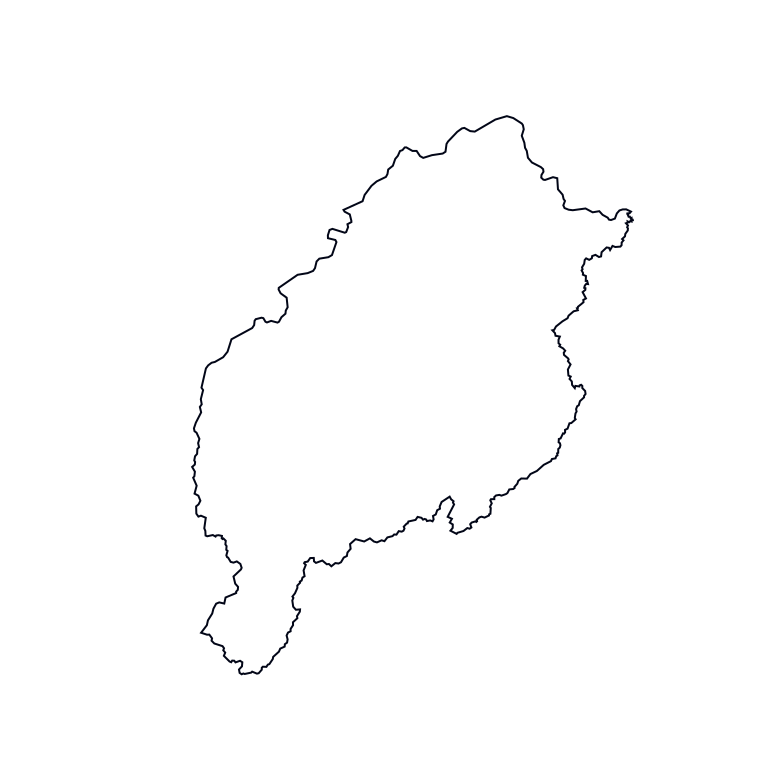 Kapuas Hulu, Kalimantan Barat, Indonesia, rotated 140°
{"feature_id": "22746128B82886709098386", "entity_name": "Kapuas Hulu", "entity_type": "district", "adm_level": 2, "iso_a3": "IDN", "parent_name": "Indonesia", "parent_adm1": "Kalimantan Barat", "projection": "orthographic", "projection_center": [113.006, 0.834], "detail": "fine", "context": "isolated", "style": "outline", "palette": "ink", "viewbox_px": 768, "rotation_deg": 140, "n_neighbors": 0, "source": "geoboundaries", "source_scale": "gbopen_adm2", "svg_char_len": 6139}
<svg xmlns="http://www.w3.org/2000/svg" viewBox="0 0 768 768"><g transform="rotate(140 384 384)"><path d="M680.3,255.5L679.6,253.1L677.9,252.7L677.1,251.4L671.3,248.3L669.9,248.4L667.5,243.8L665.9,243.0L661.3,243.7L660.0,245.2L658.5,245.3L655.9,242.9L653.4,243.7L651.9,243.1L646.0,244.8L644.3,246.2L636.5,246.5L633.6,248.0L628.9,246.7L627.2,248.4L624.5,248.2L622.0,250.3L620.3,253.9L617.3,255.3L614.5,254.6L613.0,256.4L608.7,257.7L606.9,260.0L600.9,260.3L599.9,262.1L594.8,263.7L593.2,265.3L596.6,267.7L596.7,271.8L593.4,277.1L590.9,278.4L590.8,280.0L586.7,280.9L581.4,283.5L580.0,285.3L576.0,285.7L575.5,286.7L573.4,286.4L570.9,288.1L568.4,287.8L565.4,292.9L560.2,295.7L560.4,298.1L559.3,298.5L556.6,297.0L552.4,298.1L549.6,295.9L551.6,293.1L551.1,290.7L544.7,288.4L543.7,282.7L541.9,281.5L541.5,278.2L536.4,278.1L534.2,275.7L531.5,275.1L526.4,276.9L523.0,276.1L520.3,278.4L515.5,279.2L512.9,283.2L505.5,283.4L500.4,276.1L494.0,274.8L493.0,269.8L491.2,267.2L486.3,265.8L484.7,263.3L480.0,264.3L475.3,262.0L472.9,262.2L471.3,260.6L467.3,261.8L465.3,259.5L463.4,259.1L461.2,260.1L460.6,262.0L456.3,262.5L455.5,262.0L453.7,263.0L447.2,259.6L443.7,260.6L441.3,257.4L441.3,255.0L439.6,254.5L438.8,253.1L439.2,251.4L436.3,249.8L435.1,247.6L433.0,248.4L431.3,251.4L428.2,250.8L424.4,253.1L421.3,252.5L420.0,254.4L415.7,256.6L406.1,255.5L406.7,252.5L406.1,249.5L407.4,248.8L407.7,246.7L420.6,241.3L418.6,237.1L422.7,235.6L421.6,232.2L423.9,229.6L427.4,228.9L424.7,222.5L423.4,222.8L417.6,220.3L412.8,220.1L411.4,218.1L409.3,217.9L408.1,221.2L405.9,221.5L402.2,220.0L402.0,219.0L400.9,219.0L400.2,220.4L396.7,220.5L394.6,219.7L392.8,217.0L388.1,215.8L387.2,216.6L385.9,216.2L381.9,220.4L381.8,221.8L378.2,223.3L377.3,226.6L376.1,227.0L373.5,224.9L372.2,226.5L369.8,226.6L366.9,224.9L365.8,223.0L361.4,221.3L359.6,221.1L355.8,222.7L352.5,220.5L350.8,220.4L350.2,221.3L346.0,221.9L343.4,223.5L339.6,223.4L335.3,219.6L329.7,220.9L322.8,219.1L313.6,219.4L305.7,217.6L303.6,218.6L300.4,216.8L298.5,218.0L297.0,217.8L296.0,219.6L294.8,219.3L292.3,222.2L290.2,222.3L288.2,223.7L287.3,225.5L287.7,227.1L285.4,229.5L283.7,228.8L278.6,231.1L278.0,230.2L276.4,230.5L274.8,232.5L272.1,231.8L267.2,234.7L265.6,233.7L259.9,233.8L259.7,235.3L256.2,238.4L254.2,239.1L253.0,241.3L250.3,242.8L248.5,242.5L244.9,244.9L239.3,245.2L238.4,246.3L236.0,246.8L234.4,249.4L234.7,253.4L233.3,255.1L233.5,256.7L235.0,257.2L235.9,256.5L238.6,259.5L240.5,258.2L240.5,262.4L238.5,265.2L238.6,268.6L236.2,269.7L237.3,271.9L233.8,276.9L228.5,279.1L228.4,283.3L226.7,284.2L226.5,285.3L227.4,290.6L226.2,292.4L223.8,293.0L223.9,296.1L225.4,300.2L223.8,300.8L224.1,303.0L221.9,305.7L218.8,307.3L221.6,310.7L220.3,313.1L220.5,316.9L218.9,316.1L215.3,317.5L207.0,317.3L201.1,316.4L198.7,317.7L192.0,317.8L188.1,315.9L187.5,318.0L186.7,317.6L185.8,318.5L178.6,318.4L177.3,320.3L174.3,319.7L172.8,326.7L169.3,326.7L168.1,327.9L168.8,329.0L166.9,330.3L164.7,330.7L163.5,329.4L162.1,332.4L163.2,333.3L159.9,336.9L161.4,339.9L160.2,341.0L159.6,344.0L158.2,344.2L157.3,346.1L153.4,347.4L150.5,350.0L148.4,350.3L147.0,347.2L144.0,346.7L142.3,348.2L139.0,347.0L137.7,343.1L135.7,342.2L132.6,345.1L125.7,345.5L124.1,343.7L124.7,341.3L120.2,342.9L118.8,340.3L114.6,337.3L112.8,337.6L111.0,339.6L108.2,340.1L108.4,342.0L104.5,342.2L102.6,343.9L98.6,344.9L97.1,346.4L97.0,347.8L95.2,348.6L95.3,351.6L93.6,351.0L92.9,352.0L92.2,350.4L91.0,350.5L90.0,349.4L89.6,350.4L88.1,349.5L87.8,350.1L88.4,351.4L87.6,352.2L88.5,352.6L88.1,354.2L89.1,354.9L88.5,356.8L87.5,357.1L88.7,358.7L85.9,357.0L84.0,357.3L86.2,362.1L88.9,364.3L92.1,365.6L96.0,365.0L100.8,362.3L104.7,363.7L106.0,365.3L105.7,367.6L107.8,373.1L108.0,378.0L113.8,381.4L116.8,388.9L127.7,395.8L130.5,398.8L132.6,402.7L131.8,405.6L127.7,407.9L127.5,410.3L125.5,414.2L125.6,421.3L119.0,430.3L121.6,433.8L129.5,436.8L130.6,438.1L130.9,441.0L129.0,442.9L125.4,444.1L124.0,446.3L124.4,449.3L128.3,458.6L128.3,464.8L124.8,470.8L124.1,474.3L121.4,478.6L118.9,485.6L113.2,489.3L111.2,493.0L111.0,494.9L114.0,504.6L117.7,510.2L128.7,515.0L152.2,519.0L155.4,522.3L157.8,528.5L160.0,529.7L165.8,530.1L179.1,528.6L181.8,527.7L187.6,522.4L190.9,522.8L200.2,528.5L208.6,532.0L209.9,535.4L209.2,541.6L212.4,544.3L214.8,550.9L216.1,551.9L219.5,551.3L222.0,552.2L226.7,549.9L230.7,549.2L236.9,545.5L242.9,545.6L246.4,542.6L249.4,541.4L259.4,543.9L266.1,543.9L277.3,541.3L282.9,537.8L303.1,543.4L303.4,541.3L301.2,535.9L304.1,530.0L304.9,529.0L309.3,529.9L310.6,527.3L315.3,524.7L316.8,525.1L323.8,536.0L326.7,537.0L331.4,534.0L333.2,531.7L328.7,525.6L329.2,523.3L341.0,516.2L345.1,516.9L353.0,521.6L356.9,521.2L362.4,517.1L365.6,516.2L371.2,518.0L380.0,523.2L402.8,525.3L404.0,524.1L404.9,519.9L403.1,512.7L408.5,504.7L412.0,503.4L414.3,501.2L419.6,501.1L424.4,499.2L426.1,499.5L429.9,504.9L434.1,506.4L434.8,507.9L434.1,512.0L435.2,513.5L440.6,516.1L442.5,515.6L445.6,512.6L449.0,511.6L472.1,516.3L483.1,509.3L490.0,507.9L499.4,509.6L502.4,511.1L506.7,511.3L510.4,510.4L526.2,498.5L526.5,495.6L534.1,490.1L536.7,485.6L539.8,484.8L542.3,479.8L553.0,475.3L558.1,472.2L559.5,469.6L558.9,467.2L560.7,460.6L564.4,458.2L566.3,454.5L568.7,454.2L572.1,450.6L575.2,450.1L578.5,447.4L578.8,445.7L580.7,443.9L584.3,443.8L585.2,438.4L588.6,435.2L590.4,434.9L592.9,426.5L599.6,421.8L598.0,417.8L599.7,412.6L603.4,411.0L606.6,411.0L611.1,405.3L611.4,401.7L608.9,400.8L606.5,396.1L614.4,389.0L615.3,386.3L618.1,382.6L617.3,381.0L612.2,378.3L611.1,375.4L609.9,375.8L607.9,374.5L605.8,371.8L607.5,370.1L607.3,369.0L606.3,368.9L606.0,365.6L608.6,363.1L608.8,361.0L611.4,358.4L611.1,356.7L614.9,354.1L615.5,352.2L615.0,351.2L615.8,346.3L614.1,343.9L610.8,342.7L609.7,338.5L611.2,334.7L612.8,333.9L623.0,333.3L626.3,326.7L626.2,322.4L628.3,320.3L630.7,320.0L631.6,318.9L642.6,322.3L647.5,318.5L650.6,322.6L653.8,323.6L659.1,321.5L663.1,318.6L670.8,316.1L674.7,313.1L684.0,311.0L680.7,305.7L678.9,304.3L679.2,299.7L681.1,298.2L680.8,294.3L676.2,287.0L676.4,284.4L678.3,283.3L678.3,280.3L681.4,278.7L680.7,270.7L679.9,269.1L678.1,269.7L676.6,268.3L676.7,266.2L672.2,264.5L671.4,261.9L674.3,259.0L678.6,258.5L680.3,255.5Z" fill="none" stroke="#020617" stroke-width="2"/></g></svg>